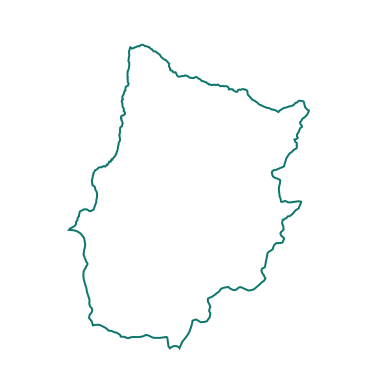 outline of Pimampiro, Imbabura, Ecuador, rotated 352°
{"feature_id": "8360857B7887344691779", "entity_name": "Pimampiro", "entity_type": "district", "adm_level": 2, "iso_a3": "ECU", "parent_name": "Ecuador", "parent_adm1": "Imbabura", "projection": "orthographic", "projection_center": [-77.94, 0.296], "detail": "fine", "context": "isolated", "style": "outline", "palette": "teal", "viewbox_px": 384, "rotation_deg": 352, "n_neighbors": 0, "source": "geoboundaries", "source_scale": "gbopen_adm2", "svg_char_len": 5942}
<svg xmlns="http://www.w3.org/2000/svg" viewBox="0 0 384 384"><g transform="rotate(352 192 192)"><path d="M151.2,40.2L150.6,40.8L149.0,44.7L149.0,47.4L148.7,48.7L148.2,49.6L147.9,51.5L147.3,52.8L147.3,53.7L147.9,54.8L147.7,55.5L147.6,57.5L146.4,61.5L144.9,64.0L144.9,65.1L144.6,65.6L144.2,68.3L144.5,69.2L144.0,70.1L144.0,71.7L143.7,74.4L144.3,75.4L144.3,75.9L143.9,76.4L143.6,77.7L142.4,78.0L140.8,79.1L140.6,80.2L140.0,81.5L140.1,82.4L139.0,83.0L137.9,85.7L136.5,87.5L136.0,89.3L136.6,90.5L136.0,91.1L135.6,91.2L135.0,92.5L135.1,93.4L135.4,94.0L135.1,97.3L135.3,98.4L136.1,100.1L136.0,101.4L135.7,101.8L135.6,102.5L136.3,103.3L136.6,104.0L136.6,105.2L135.6,106.1L134.3,106.6L133.3,106.7L132.5,107.1L132.0,108.2L131.9,109.2L132.5,109.9L132.0,110.7L132.5,111.8L132.9,114.5L131.7,117.2L131.3,117.5L130.5,117.7L130.0,118.1L129.7,119.0L129.7,119.6L129.2,120.4L129.2,122.8L128.4,124.1L127.9,126.1L128.1,128.6L128.0,130.6L126.0,133.7L125.9,135.0L125.7,135.6L125.1,136.3L124.6,138.6L123.9,140.5L122.9,142.2L122.4,143.7L121.8,144.0L121.4,145.0L120.0,146.5L119.6,146.6L118.1,148.2L117.6,148.2L117.5,148.7L116.9,148.7L116.9,149.3L116.1,149.5L115.8,150.4L115.4,150.2L114.9,150.7L114.3,150.6L114.4,151.0L113.9,151.2L112.4,153.0L111.9,152.9L111.8,153.6L111.2,153.8L111.0,153.6L109.8,154.7L109.1,154.3L108.4,154.5L107.6,154.1L105.7,155.0L105.3,154.8L103.3,154.7L101.4,156.1L99.0,157.1L96.7,160.2L96.9,160.7L96.0,162.2L95.5,164.4L94.5,166.0L94.4,169.0L94.5,170.1L94.3,171.1L94.5,171.7L95.4,172.2L96.6,173.8L96.6,176.4L97.5,178.1L97.8,180.6L97.1,184.0L96.1,186.9L95.8,188.7L92.0,195.8L89.6,196.7L87.8,196.7L85.8,194.8L83.6,194.2L82.5,194.2L78.3,195.7L77.0,198.7L76.8,200.2L76.0,200.8L75.2,201.9L74.4,204.2L73.1,205.4L72.8,207.2L72.3,208.2L71.0,209.3L68.4,210.5L67.0,210.9L65.9,211.4L64.9,212.4L70.0,213.6L72.2,214.6L73.7,215.7L75.4,217.1L77.2,219.5L78.5,222.1L78.8,223.2L78.9,229.4L78.4,231.3L76.9,235.1L75.9,239.1L77.6,246.3L78.5,247.9L78.5,248.9L77.8,250.1L77.1,250.6L76.2,252.2L74.2,254.5L73.7,255.4L73.0,258.4L72.6,262.4L72.9,265.5L74.0,272.5L74.1,276.3L75.5,284.5L74.7,288.6L75.4,291.7L76.6,293.2L76.9,294.7L75.8,297.3L74.1,298.9L73.2,300.1L72.5,302.4L74.6,306.0L75.0,307.6L75.3,310.3L76.8,310.1L80.7,310.4L83.0,311.3L87.7,314.7L89.4,316.6L89.8,317.5L93.1,318.5L96.1,320.3L97.5,320.6L100.7,323.2L101.1,324.1L101.3,325.3L105.0,326.0L107.5,327.7L109.5,327.9L110.4,327.4L111.8,327.3L115.5,327.6L118.5,328.2L120.9,328.3L124.0,328.0L126.1,327.2L127.5,327.4L129.0,328.1L132.7,330.6L134.0,331.1L139.7,332.0L146.4,332.0L146.9,332.3L147.3,333.3L147.2,341.5L148.3,343.7L149.9,342.8L151.5,342.3L152.4,342.1L154.6,342.3L155.8,342.7L156.9,343.5L157.7,344.2L157.9,344.8L161.4,339.1L166.6,334.2L169.9,330.3L170.9,328.0L172.0,326.4L172.4,325.0L173.0,324.3L173.5,322.5L174.1,321.6L174.6,319.5L177.9,318.8L178.7,319.1L182.5,322.1L183.8,322.3L186.9,322.3L188.9,322.0L190.6,319.9L191.5,319.2L192.2,318.1L193.0,315.8L193.2,314.4L192.4,312.3L192.9,310.6L194.2,308.2L193.3,304.8L192.6,303.1L192.7,300.4L193.1,299.7L198.0,298.2L205.1,294.2L207.1,292.0L210.0,291.2L214.7,291.1L216.6,293.2L219.1,294.7L220.5,295.1L222.1,294.9L223.7,294.0L224.8,293.2L226.2,292.9L227.8,293.4L233.9,297.3L236.7,297.5L239.9,296.9L245.9,293.1L248.4,291.2L251.1,289.9L251.9,288.7L252.7,288.0L252.7,287.5L251.9,286.0L251.6,284.5L250.4,282.4L249.8,279.9L250.0,278.9L250.7,277.7L253.7,276.6L254.1,275.7L255.2,272.0L256.2,269.1L257.0,267.3L257.3,265.7L258.4,263.0L259.7,261.9L262.7,260.6L264.0,259.8L265.0,257.6L265.9,256.1L267.2,255.1L268.5,254.4L272.3,254.8L274.2,254.8L275.1,253.8L276.6,251.3L276.6,250.4L274.5,247.9L274.1,247.0L273.7,245.4L274.7,244.0L277.1,242.3L277.6,241.5L277.5,239.8L277.7,239.0L276.9,236.0L277.0,234.7L277.5,233.9L277.9,232.1L279.6,232.0L280.4,231.4L282.2,230.7L283.4,229.5L284.8,229.5L285.8,229.3L288.7,227.6L292.1,224.5L295.3,223.1L296.5,220.8L297.9,218.9L298.7,217.1L298.6,216.7L296.1,216.0L287.6,216.0L285.6,215.6L285.2,215.1L282.9,213.8L279.9,214.4L279.0,214.1L278.8,213.6L278.8,211.2L278.2,208.7L278.3,201.8L279.0,198.9L280.6,194.7L280.9,192.4L278.8,190.9L275.7,189.2L274.3,187.8L273.9,186.2L273.8,183.7L274.7,182.3L275.6,182.0L276.5,181.7L278.4,181.7L286.6,179.5L290.1,171.8L291.7,169.9L294.0,167.5L296.4,166.2L298.6,164.5L301.6,163.3L302.4,161.0L302.1,160.5L302.6,158.3L302.5,157.9L301.5,156.9L301.0,155.7L300.8,154.3L303.0,154.0L304.3,153.0L303.7,151.6L304.0,149.8L304.5,149.0L305.7,147.9L307.3,145.0L308.3,143.6L310.0,142.8L310.0,141.7L308.7,139.4L308.7,138.0L310.0,136.8L311.7,134.7L314.0,133.7L317.0,131.2L319.1,127.7L317.6,126.4L315.8,123.8L315.4,119.9L315.4,118.6L314.9,117.9L313.8,117.2L311.3,116.6L310.1,116.7L309.0,117.6L307.7,118.1L306.5,118.3L305.6,119.3L304.1,120.2L302.5,120.7L299.7,120.8L298.4,121.2L294.1,121.8L290.3,123.5L288.7,124.8L287.8,124.2L286.9,123.2L284.1,121.8L282.1,121.2L280.8,120.1L279.1,119.3L278.0,119.1L273.8,116.7L272.9,115.9L270.9,114.8L269.8,113.6L269.2,112.6L265.1,109.1L264.4,108.9L263.6,107.4L260.9,103.4L260.8,103.0L260.8,99.3L259.2,98.0L258.6,98.0L257.9,97.5L256.5,97.1L254.2,97.6L252.9,97.1L251.8,97.5L250.8,99.0L249.7,99.0L247.0,97.1L246.6,96.0L246.4,95.9L244.5,95.5L243.2,95.7L242.7,95.5L242.9,94.5L242.2,92.8L240.5,91.9L238.1,91.7L237.5,91.2L236.4,91.4L235.5,91.1L234.7,91.1L232.7,89.2L230.5,89.5L229.2,88.8L227.0,88.9L225.4,88.5L224.6,87.8L223.5,87.8L223.2,87.0L222.2,86.4L221.6,85.5L220.0,84.9L218.8,83.9L217.2,83.5L215.7,81.5L213.9,80.3L213.2,79.4L212.1,78.5L209.7,79.3L208.7,79.3L205.4,78.3L203.4,76.3L201.6,75.7L201.2,75.6L200.2,76.1L198.0,75.8L195.9,76.1L194.3,75.7L193.4,74.3L192.5,71.3L191.9,71.0L191.1,71.1L190.0,70.8L189.8,69.9L189.2,69.1L187.7,68.6L187.3,67.6L187.6,66.8L186.7,64.5L187.3,61.7L186.0,60.1L185.7,59.3L184.6,57.9L182.8,56.8L180.4,54.2L179.2,51.5L176.8,49.3L175.6,47.9L173.7,47.4L172.8,46.3L172.4,45.4L170.8,44.2L169.8,42.6L168.0,41.9L167.0,41.2L165.8,41.0L164.2,39.6L162.9,39.2L161.8,39.4L160.0,40.4L159.1,40.0L152.8,41.6L152.1,41.4L151.2,40.2Z" fill="none" stroke="#0f766e" stroke-width="2"/></g></svg>